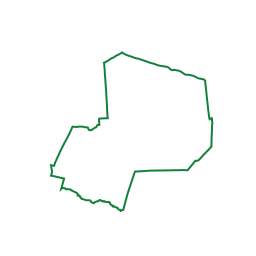 Slobozia Moara, Dâmbovita, Romania, rotated 150°
{"feature_id": "2599482B79511896653276", "entity_name": "Slobozia Moara", "entity_type": "district", "adm_level": 2, "iso_a3": "ROU", "parent_name": "Romania", "parent_adm1": "Dâmbovita", "projection": "albers", "projection_center": [25.731, 44.595], "detail": "fine", "context": "isolated", "style": "outline", "palette": "green", "viewbox_px": 256, "rotation_deg": 150, "n_neighbors": 0, "source": "geoboundaries", "source_scale": "gbopen_adm2", "svg_char_len": 4945}
<svg xmlns="http://www.w3.org/2000/svg" viewBox="0 0 256 256"><g transform="rotate(150 128 128)"><path d="M95.5,196.5L95.7,196.4L96.2,196.2L97.2,196.2L99.2,196.3L102.3,196.5L106.0,196.3L107.2,196.6L108.2,196.6L109.3,196.5L110.7,196.4L111.3,196.3L112.8,196.4L115.6,196.4L116.2,196.5L116.3,196.1L116.3,195.9L118.2,192.1L118.3,191.9L118.8,190.8L119.0,190.3L120.7,187.0L122.0,184.2L122.2,183.8L122.3,183.7L122.5,183.4L122.9,182.3L123.9,180.3L125.1,178.0L125.3,177.5L125.8,176.4L125.9,176.2L127.0,174.0L127.1,173.8L127.2,173.6L128.1,171.7L128.5,170.8L128.9,170.0L129.9,168.0L130.5,166.9L131.2,165.6L131.8,164.4L132.2,163.6L132.3,163.4L132.4,163.2L133.2,161.5L133.8,160.4L134.6,158.7L135.5,157.0L136.0,156.0L136.1,155.9L136.8,154.5L137.4,153.3L137.8,152.5L138.1,152.0L138.1,151.8L138.9,150.4L139.4,149.5L139.7,148.9L139.8,148.7L139.9,148.4L140.0,148.2L140.6,146.6L148.1,150.5L148.4,150.2L148.8,150.0L150.8,146.0L150.8,145.9L150.9,145.7L151.1,145.3L151.2,145.2L151.3,145.0L151.6,145.1L151.9,145.3L152.4,145.6L153.0,145.8L153.3,145.7L153.7,145.5L154.3,145.1L154.6,144.9L155.0,144.7L155.3,144.6L155.5,144.5L156.0,144.7L156.4,144.8L156.8,144.8L159.3,144.6L160.1,144.5L160.6,144.5L161.1,144.6L161.4,144.8L161.9,145.0L162.4,145.4L162.5,145.5L162.8,146.0L162.8,146.7L162.7,147.4L162.6,147.9L162.6,148.3L162.6,148.6L163.2,149.0L164.3,149.8L165.4,150.6L165.7,151.0L166.4,151.7L166.7,151.9L167.1,152.2L168.4,152.9L169.2,153.4L169.9,153.8L170.4,154.0L171.2,154.3L172.1,154.6L172.7,155.0L173.2,155.4L173.7,155.7L175.0,156.7L175.3,156.9L176.1,156.4L176.7,155.9L179.2,154.1L181.0,152.8L181.7,152.4L183.1,151.4L184.8,150.3L186.8,149.1L190.0,147.2L192.7,145.4L194.9,144.0L195.3,143.7L196.3,143.0L198.2,141.8L202.1,139.0L204.7,137.2L206.5,135.8L208.2,134.7L208.7,134.2L209.5,133.5L210.3,132.8L211.0,132.2L213.2,134.2L213.3,134.3L213.9,132.8L215.5,128.3L215.7,128.0L217.6,126.0L218.5,125.3L218.3,125.2L217.9,124.8L217.8,124.7L208.6,116.2L216.3,108.6L215.4,108.8L214.7,108.8L214.3,108.8L214.1,108.4L213.4,107.8L213.0,107.5L212.7,107.4L212.6,106.9L212.5,106.3L212.0,105.7L211.6,105.4L211.2,105.4L210.8,105.4L210.7,105.1L210.5,104.9L210.1,104.6L209.3,104.1L208.7,103.8L208.5,103.4L208.4,103.0L208.2,102.2L208.0,101.9L207.5,101.3L206.7,100.1L205.6,98.5L205.1,97.9L204.6,96.6L204.5,96.3L204.7,96.0L205.3,95.0L205.4,94.7L205.1,94.4L204.6,94.4L204.4,94.3L204.2,94.2L204.0,93.9L203.9,93.8L203.8,93.5L203.8,93.0L204.0,92.5L204.1,92.3L204.0,92.0L203.9,91.8L203.6,91.4L203.6,91.1L203.5,90.7L203.7,90.3L203.7,90.0L203.6,89.8L203.3,89.6L202.5,88.8L201.5,87.7L199.9,86.1L199.5,85.8L198.5,85.3L197.5,84.7L197.1,84.2L196.8,83.3L196.8,82.7L196.9,82.0L196.7,81.8L196.1,81.3L195.8,80.6L195.5,80.1L195.1,80.0L194.4,80.2L193.4,80.3L193.0,80.3L191.8,80.0L189.9,79.4L189.1,79.8L188.8,79.9L188.4,79.6L187.9,79.3L187.7,79.0L187.3,78.3L187.2,77.7L186.6,77.4L186.3,77.3L186.1,77.2L186.1,76.8L186.1,76.6L185.7,76.4L185.2,76.4L184.9,76.3L184.7,76.0L184.8,75.8L184.7,75.5L183.7,74.7L182.9,74.1L181.5,73.6L181.4,73.3L181.4,72.8L181.3,72.4L181.0,72.1L181.0,71.7L181.3,71.3L181.4,71.1L181.2,70.5L181.1,69.9L180.9,69.4L180.5,69.0L180.2,68.8L180.1,68.6L180.0,68.4L180.3,68.0L180.3,67.6L180.1,67.3L180.0,67.1L179.7,67.0L179.2,67.0L178.9,66.8L178.8,66.4L178.5,65.8L178.2,65.5L178.0,65.0L177.8,64.8L177.5,64.6L177.2,64.4L177.0,64.2L176.9,63.9L177.0,63.6L177.1,63.0L177.0,62.4L176.8,62.0L176.5,61.6L176.2,61.4L175.9,61.3L175.7,61.1L175.6,60.8L175.9,60.2L175.8,59.8L175.6,59.8L175.2,59.9L174.7,60.0L174.2,59.8L173.4,59.5L173.1,59.4L160.9,71.6L143.8,86.8L136.5,83.1L130.5,80.2L112.0,69.9L102.4,64.6L101.4,64.1L99.3,62.7L97.9,61.8L97.4,61.6L96.0,62.2L91.9,63.7L90.3,64.3L88.5,65.0L87.3,65.5L86.5,65.8L86.2,65.9L86.0,66.0L85.8,65.9L85.5,65.4L85.3,65.2L84.0,65.0L83.3,64.8L82.8,64.8L82.5,65.0L81.9,65.2L81.4,65.3L80.3,65.5L78.4,66.2L76.5,66.8L75.6,67.1L73.5,67.6L72.2,68.0L71.6,68.2L70.8,68.4L70.5,68.5L70.3,68.5L70.0,68.6L69.7,68.7L69.5,68.8L69.3,68.8L69.0,68.9L68.7,69.0L67.8,69.3L66.0,69.9L65.1,70.1L65.0,70.4L64.2,71.6L63.8,72.3L63.3,73.1L62.6,74.3L61.9,75.5L60.9,77.0L59.5,79.3L58.3,81.1L57.2,82.9L57.1,83.1L56.6,83.8L55.9,84.7L55.8,85.1L55.5,85.8L55.2,86.2L54.5,87.3L53.8,88.3L53.4,88.9L53.3,89.1L52.6,89.9L52.3,90.5L52.2,90.8L51.8,91.9L51.7,92.2L51.2,92.9L51.0,93.2L50.9,93.6L50.7,94.2L50.6,94.8L52.6,94.8L52.9,94.8L52.8,95.1L52.7,95.3L52.7,95.6L52.6,96.1L52.2,97.0L52.1,97.3L51.0,99.9L50.2,101.9L49.4,103.7L48.8,105.1L48.0,106.8L47.2,108.7L45.6,112.4L43.5,117.1L42.6,119.1L40.4,124.0L39.8,125.4L39.1,127.0L38.7,128.0L37.8,129.9L37.5,130.5L37.9,131.9L39.1,133.2L40.5,134.4L42.0,135.6L43.3,137.5L45.0,140.1L46.9,142.1L49.3,144.0L50.7,144.8L51.8,145.9L52.7,147.6L53.6,149.6L54.3,150.7L55.0,151.8L57.1,153.7L58.8,155.2L60.2,155.7L61.2,156.3L61.7,157.0L62.0,158.1L62.8,160.3L64.0,161.7L66.0,163.4L69.0,165.8L70.9,167.6L73.9,171.2L76.3,173.4L77.0,174.4L83.5,181.9L84.6,183.1L85.4,183.7L87.0,185.2L88.0,186.5L90.0,188.9L90.7,189.5L93.7,193.2L95.5,196.5Z" fill="none" stroke="#15803d" stroke-width="2"/></g></svg>